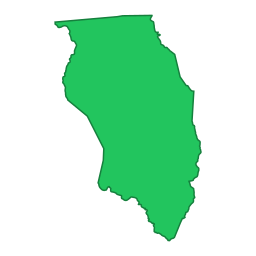 the district of San Ignacio, Francisco Morazán, Honduras
{"feature_id": "27666195B25957798922682", "entity_name": "San Ignacio", "entity_type": "district", "adm_level": 2, "iso_a3": "HND", "parent_name": "Honduras", "parent_adm1": "Francisco Morazán", "projection": "robinson", "projection_center": [-87.053, 14.728], "detail": "fine", "context": "isolated", "style": "filled", "palette": "green", "viewbox_px": 256, "rotation_deg": 0, "n_neighbors": 0, "source": "geoboundaries", "source_scale": "gbopen_adm2", "svg_char_len": 5711}
<svg xmlns="http://www.w3.org/2000/svg" viewBox="0 0 256 256"><path d="M155.3,232.5L155.8,232.4L156.2,232.4L156.9,233.0L157.4,233.2L157.8,233.2L158.3,233.0L158.7,233.1L159.1,233.2L160.8,234.2L161.9,235.3L162.2,235.5L163.2,236.0L164.7,236.5L166.3,238.4L167.7,239.5L167.9,240.3L168.1,240.5L169.6,240.6L170.6,239.4L171.3,238.8L171.8,238.6L172.6,238.4L173.1,238.3L173.7,237.9L174.4,237.4L180.3,222.9L182.4,218.4L182.9,218.5L183.3,218.5L183.6,218.3L184.6,217.7L185.0,217.4L185.0,217.2L184.6,216.6L184.5,216.2L184.7,215.6L185.2,214.8L185.5,214.2L185.7,213.2L185.7,212.6L185.8,212.5L186.1,212.3L187.4,211.8L187.7,211.6L188.3,209.9L188.6,209.5L188.7,209.2L188.8,208.8L188.8,207.7L189.1,206.9L189.7,205.9L191.0,204.3L191.5,203.7L192.7,202.7L193.2,202.1L193.4,201.6L193.5,201.0L193.4,198.9L193.7,198.4L194.6,197.8L194.7,197.6L194.7,197.2L194.1,195.6L194.0,194.2L194.1,192.5L193.9,190.7L193.7,189.8L193.7,189.2L193.7,188.9L193.5,188.5L193.0,188.1L191.2,186.9L190.7,186.5L190.4,185.8L190.3,185.1L190.0,184.3L189.8,183.5L189.7,182.9L189.4,182.4L189.0,181.3L192.1,180.7L193.2,180.2L193.4,179.7L193.5,179.1L195.0,177.7L196.8,176.8L197.1,176.5L197.5,175.8L197.8,174.6L198.1,172.3L198.8,170.3L198.8,169.5L198.8,168.8L198.7,168.3L198.5,167.9L197.3,166.9L196.4,165.6L195.9,164.5L195.9,164.2L195.9,163.7L196.1,163.0L196.3,162.6L196.8,162.0L197.5,161.4L197.8,160.9L197.7,160.3L197.6,159.7L197.9,159.1L198.2,158.5L198.4,156.4L198.8,155.0L199.2,154.4L200.2,153.4L200.5,153.1L200.9,152.5L200.9,151.8L200.9,151.3L200.6,150.5L200.6,149.9L200.0,148.6L200.0,148.0L200.1,147.6L200.1,147.3L200.0,147.0L199.7,146.6L199.6,146.2L199.6,145.8L199.9,145.4L200.0,144.6L200.1,142.3L200.0,141.7L199.8,141.3L197.9,139.8L197.6,139.4L196.9,137.9L196.8,137.5L196.7,136.6L196.4,135.7L195.7,134.0L195.5,133.6L195.5,133.2L195.6,132.7L195.5,132.1L195.1,130.7L195.0,129.8L194.5,127.9L194.6,126.8L194.6,126.4L194.4,126.0L194.2,125.6L193.9,125.4L193.4,125.2L192.9,124.7L192.7,124.0L192.4,122.1L192.0,121.2L193.8,91.2L192.8,91.1L191.9,90.9L191.3,90.6L190.9,90.2L189.4,88.4L189.0,87.7L187.9,85.9L187.6,85.7L186.7,85.6L186.1,85.5L180.1,76.9L174.7,54.4L170.8,51.4L170.7,51.3L170.3,51.1L169.7,50.6L168.9,49.5L168.1,48.9L167.0,47.6L166.7,47.5L166.3,47.4L165.2,47.5L164.6,47.3L164.4,47.1L164.2,46.6L163.9,46.0L163.5,45.5L162.8,45.1L161.3,44.5L161.1,44.4L160.9,44.1L160.7,43.4L160.6,42.0L160.3,41.1L159.9,40.3L158.0,37.7L157.7,37.2L157.6,36.8L157.6,36.4L157.9,36.1L158.4,35.8L159.6,35.5L160.0,35.1L160.0,34.7L159.8,34.6L159.6,34.4L157.6,34.4L157.3,34.1L157.4,33.0L157.7,33.0L157.9,32.9L158.1,32.6L158.1,32.3L156.8,32.3L156.2,32.2L155.7,32.0L155.2,31.4L154.8,30.4L154.5,28.7L154.3,28.0L154.1,25.3L153.9,24.4L153.6,22.2L153.4,21.9L153.2,21.7L151.3,20.7L150.7,20.2L150.4,19.6L150.4,19.2L150.4,18.9L150.7,17.9L151.7,16.3L151.9,15.8L152.1,15.6L152.5,15.4L122.6,15.8L117.2,16.7L55.1,22.1L55.2,22.8L55.1,23.7L55.2,24.2L55.6,24.5L56.8,25.2L57.5,26.2L58.0,27.1L58.4,27.4L59.2,27.5L60.6,27.2L61.5,26.9L62.4,26.3L63.2,26.0L64.3,25.7L65.1,25.7L65.8,25.9L66.8,26.3L67.3,26.6L67.6,27.1L68.7,29.1L69.5,30.1L69.8,30.7L69.9,31.5L69.7,32.8L69.6,33.1L69.2,33.6L69.9,34.8L70.6,36.5L71.0,37.7L71.1,38.9L71.5,40.0L71.8,40.5L72.2,40.7L72.8,41.0L73.9,41.1L74.3,41.3L74.6,41.5L74.9,42.0L75.5,43.1L76.1,44.1L76.5,44.9L76.5,45.4L76.4,46.0L75.2,48.8L74.5,50.8L74.5,51.9L74.6,53.0L74.5,53.7L74.3,54.1L73.8,54.3L73.2,54.6L71.7,54.8L71.3,55.2L71.0,55.8L71.0,56.9L71.0,57.4L70.8,57.7L69.7,58.8L69.5,59.1L69.6,59.5L70.1,60.5L70.2,61.4L70.1,61.9L69.9,62.2L69.6,62.5L68.4,63.0L67.9,64.6L66.7,66.3L66.2,68.5L66.1,69.7L65.7,71.1L65.7,71.7L65.6,72.0L65.4,72.4L64.9,72.9L64.6,73.3L64.9,75.3L64.9,75.8L64.8,76.1L64.7,76.4L64.5,76.5L63.4,76.7L63.1,77.1L62.9,77.6L62.8,78.4L62.8,79.2L62.9,79.6L63.1,80.0L63.1,80.3L63.1,81.0L62.8,82.0L62.8,82.4L62.9,82.7L63.1,83.1L64.1,84.2L64.5,85.4L65.1,86.5L65.4,87.0L65.4,87.4L65.4,88.0L65.1,90.2L65.3,91.9L65.5,92.4L65.6,93.0L65.6,93.4L65.5,93.9L65.6,94.5L65.8,95.5L65.9,96.2L66.0,96.7L67.4,98.6L67.6,99.1L67.7,99.7L67.9,100.1L87.3,116.1L103.8,148.6L103.3,160.4L98.1,182.9L98.5,183.5L98.8,184.1L99.0,185.5L99.5,186.9L100.6,188.4L101.9,189.6L102.3,189.9L102.9,190.1L103.7,190.3L104.1,190.4L104.8,190.3L106.4,189.9L106.7,189.3L107.2,188.2L107.8,187.3L108.2,187.0L108.6,186.7L109.0,186.6L109.3,186.7L109.4,186.8L109.5,187.3L110.5,188.1L110.8,188.5L110.7,189.6L110.6,190.2L110.8,191.1L111.0,191.5L111.6,191.8L113.8,192.2L115.6,192.9L116.1,193.2L116.2,193.5L116.5,193.8L117.3,194.4L118.8,194.9L121.1,195.5L121.5,195.7L121.6,195.9L121.6,196.1L121.5,197.0L121.5,197.7L121.6,198.1L121.7,198.4L122.1,198.7L122.7,198.9L124.2,200.0L124.9,200.3L125.4,200.4L126.0,200.4L126.5,200.3L127.1,200.1L129.1,198.7L130.7,197.3L131.0,197.1L131.3,197.0L132.1,197.0L133.1,197.3L134.1,197.4L134.9,197.6L135.9,198.0L136.5,198.4L136.9,198.8L137.5,200.6L138.6,201.5L138.9,201.8L139.0,203.2L138.9,203.5L138.5,204.1L138.4,204.3L138.5,204.4L138.9,204.6L139.8,204.4L140.5,204.4L141.0,204.6L141.3,205.0L141.2,205.5L141.2,205.8L141.4,206.4L141.6,206.8L142.7,207.5L143.5,207.7L144.0,208.2L144.3,208.6L145.2,208.4L145.3,208.4L145.4,208.8L145.2,209.5L145.3,209.7L145.8,209.8L146.6,209.7L146.9,209.9L147.1,210.2L147.3,210.5L147.2,210.8L146.9,211.4L146.2,212.4L146.2,212.7L146.2,213.0L146.3,213.4L146.5,213.8L147.6,215.0L147.9,215.7L148.2,217.1L148.3,217.6L148.2,218.2L148.2,218.6L148.5,218.8L148.9,218.8L149.1,219.0L149.1,219.5L148.5,220.3L148.5,220.5L148.5,220.8L148.8,221.2L149.1,221.5L150.1,221.6L151.1,222.2L152.4,223.5L152.7,223.4L153.0,223.2L153.3,223.3L153.8,223.8L154.2,223.8L154.3,224.0L154.3,224.4L154.1,224.7L153.5,225.2L153.5,225.5L153.6,226.0L154.2,226.9L154.4,227.3L154.3,228.5L154.2,229.5L154.2,231.5L154.4,231.7L155.2,232.2L155.3,232.5Z" fill="#22c55e" stroke="#15803d" stroke-width="1.5"/></svg>